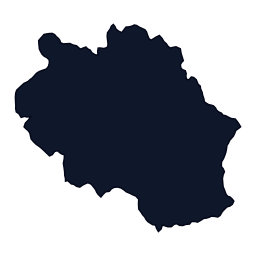 Poço Fundo, Minas Gerais, Brazil
{"feature_id": "56859067B54167324387796", "entity_name": "Poço Fundo", "entity_type": "district", "adm_level": 2, "iso_a3": "BRA", "parent_name": "Brazil", "parent_adm1": "Minas Gerais", "projection": "natural_earth1", "projection_center": [-45.997, -21.81], "detail": "fine", "context": "isolated", "style": "filled", "palette": "ink", "viewbox_px": 256, "rotation_deg": 0, "n_neighbors": 0, "source": "geoboundaries", "source_scale": "gbopen_adm2", "svg_char_len": 3028}
<svg xmlns="http://www.w3.org/2000/svg" viewBox="0 0 256 256"><path d="M64.6,171.5L64.8,175.6L65.5,178.5L65.5,181.1L67.7,180.6L69.5,182.2L71.3,183.9L73.7,184.3L76.6,186.3L79.8,187.1L82.9,184.9L85.8,183.5L87.9,182.7L91.2,184.1L93.7,187.1L95.5,189.5L96.7,192.2L98.3,194.5L100.9,197.0L103.1,194.3L105.6,191.8L109.3,191.3L111.4,188.8L113.9,187.4L117.7,187.0L121.2,188.0L123.7,189.7L126.5,191.9L129.9,193.3L133.0,194.9L135.9,196.1L138.7,199.2L138.5,204.2L138.8,209.1L141.0,212.1L142.8,214.9L144.7,216.9L146.2,219.7L148.1,221.8L150.2,223.1L152.5,224.6L155.5,225.1L156.6,228.4L158.4,231.5L161.1,229.0L162.3,225.1L164.6,225.7L167.6,226.7L171.3,226.7L174.4,224.1L177.0,223.8L179.4,225.3L182.9,225.5L185.8,224.4L189.4,224.1L191.6,221.5L195.1,221.5L197.6,222.1L200.6,220.4L203.7,218.4L206.3,218.1L209.0,217.3L211.5,216.2L214.8,216.4L217.7,217.0L220.1,215.4L222.3,211.6L224.7,209.1L227.1,206.8L229.8,206.1L232.3,204.3L233.8,201.1L232.2,199.0L230.0,197.0L227.6,196.3L225.9,194.0L224.8,190.9L223.1,186.6L222.8,183.4L222.4,178.6L223.1,174.8L224.4,171.7L223.2,168.8L221.3,166.4L221.5,161.9L223.5,158.5L224.9,155.0L225.9,151.9L226.5,148.7L226.9,145.5L228.5,143.0L229.7,140.3L231.5,138.3L233.3,136.2L234.6,133.5L235.8,130.4L238.1,128.8L240.6,126.8L239.0,124.1L237.3,121.6L235.2,119.0L231.5,118.6L228.8,117.4L225.6,115.7L222.9,115.2L221.5,113.2L218.6,111.9L216.6,110.2L215.5,108.0L213.5,105.9L211.1,105.1L208.8,104.7L206.6,103.4L204.4,101.9L203.7,98.2L202.7,95.5L202.1,92.4L200.6,89.0L200.2,86.0L198.1,84.3L196.2,79.7L193.7,77.5L191.3,77.0L189.1,79.7L186.6,79.4L185.8,76.2L186.2,73.6L185.3,70.8L183.1,69.9L181.1,68.6L180.3,64.8L181.5,62.5L183.3,60.7L182.2,57.1L181.1,53.6L180.3,48.8L176.0,46.8L172.9,47.4L170.2,48.0L168.1,46.4L166.1,43.5L164.0,41.8L162.1,38.5L159.4,35.5L155.9,37.2L153.6,38.7L151.1,40.2L148.9,38.6L147.5,35.0L146.4,31.7L144.8,29.7L142.2,28.5L139.1,27.1L136.6,25.5L134.3,25.0L132.0,26.1L129.4,26.8L126.0,27.1L123.7,30.1L121.9,32.6L118.8,31.3L116.0,29.1L114.9,26.5L113.3,24.5L111.4,26.1L110.3,28.8L108.9,30.8L107.5,32.8L107.2,36.6L107.7,41.0L108.0,43.7L107.8,46.7L105.7,48.1L103.1,48.5L100.7,48.0L98.2,48.1L97.7,50.9L98.0,55.2L95.2,54.8L92.0,52.9L90.2,50.1L87.6,48.8L85.9,47.0L83.3,48.0L80.4,49.1L78.5,47.6L76.6,45.8L73.0,45.0L69.9,43.5L66.7,43.7L63.4,43.9L60.5,42.7L59.8,40.3L58.3,38.3L56.5,36.9L54.6,34.6L52.2,33.4L48.8,33.6L44.1,34.4L41.3,37.6L38.7,40.5L38.9,44.0L39.4,49.1L40.5,51.3L42.0,54.1L44.2,56.2L46.7,57.5L49.1,59.6L49.4,62.7L48.5,66.3L46.4,69.0L42.9,70.2L39.2,71.6L36.4,73.4L34.5,75.6L32.2,78.1L30.2,79.5L27.9,81.6L24.0,83.4L20.7,86.4L18.3,88.6L16.7,90.2L15.7,93.2L15.4,97.2L15.6,102.3L15.8,105.4L15.7,108.7L16.3,111.9L18.9,113.7L21.2,117.4L24.4,116.4L27.1,117.0L30.6,116.7L28.5,119.9L25.4,123.1L24.1,126.9L26.0,128.8L28.0,130.4L29.9,133.1L30.6,136.5L31.2,139.0L33.7,141.9L36.2,144.3L38.8,146.1L41.0,147.8L43.3,149.9L45.5,152.0L47.4,153.8L49.5,155.9L52.3,154.6L54.6,151.5L57.5,150.7L59.7,152.6L61.6,153.9L64.5,154.9L64.2,159.0L63.4,163.4L64.0,167.1L64.6,171.5Z" fill="#0f172a" stroke="#020617" stroke-width="1.5"/></svg>